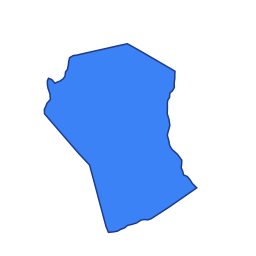 outline of Frecheirinha, Ceará, Brazil, rotated 330°
{"feature_id": "56859067B32169287325922", "entity_name": "Frecheirinha", "entity_type": "district", "adm_level": 2, "iso_a3": "BRA", "parent_name": "Brazil", "parent_adm1": "Ceará", "projection": "equal_earth", "projection_center": [-40.821, -3.711], "detail": "fine", "context": "isolated", "style": "filled", "palette": "blue", "viewbox_px": 256, "rotation_deg": 330, "n_neighbors": 0, "source": "geoboundaries", "source_scale": "gbopen_adm2", "svg_char_len": 1034}
<svg xmlns="http://www.w3.org/2000/svg" viewBox="0 0 256 256"><g transform="rotate(330 128 128)"><path d="M62.8,74.0L72.5,124.9L76.2,140.9L71.1,160.1L65.9,179.3L59.7,202.4L58.9,208.6L63.7,210.8L67.5,212.1L70.9,212.1L75.2,212.8L78.9,212.1L83.1,213.4L87.9,214.5L93.1,214.3L96.0,215.2L99.2,217.4L102.5,218.1L122.8,217.1L157.6,214.2L156.0,208.3L155.8,203.5L155.1,199.7L152.7,196.4L153.8,192.6L154.1,189.1L156.2,186.4L158.5,182.7L157.7,175.5L155.4,168.5L155.3,164.1L156.8,159.9L158.4,154.0L160.7,151.4L162.8,149.5L165.6,146.6L167.8,140.9L169.1,135.3L170.9,132.4L172.9,129.1L174.7,125.8L176.7,123.5L179.1,122.5L181.7,118.7L185.1,118.0L188.4,116.1L190.5,112.1L193.3,108.5L195.2,105.2L197.1,102.3L177.8,68.6L169.6,54.7L160.9,51.9L123.3,40.2L120.0,39.3L117.0,37.9L112.6,37.9L109.9,40.8L107.5,44.0L104.8,47.0L101.9,48.2L99.3,51.7L96.3,53.0L92.8,53.4L90.3,53.0L87.0,52.6L86.2,47.9L84.0,45.2L81.6,47.0L79.8,50.3L78.6,53.6L77.5,59.3L75.0,64.5L70.3,66.0L67.2,68.5L64.9,70.0L62.8,74.0Z" fill="#3b82f6" stroke="#1e3a8a" stroke-width="1.5"/></g></svg>